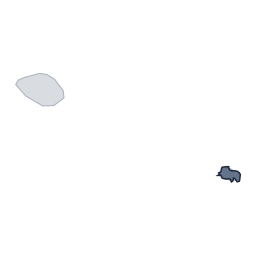 where Príncipe sits in São Tomé and Principe, rotated 88°
{"feature_id": "STP-4862", "entity_name": "Príncipe", "entity_type": "state/province", "adm_level": 1, "iso_a3": "STP", "parent_name": "São Tomé and Principe", "parent_adm1": "", "projection": "natural_earth1", "projection_center": [7.405, 1.615], "detail": "fine", "context": "in_parent", "style": "filled", "palette": "slate", "viewbox_px": 256, "rotation_deg": 88, "n_neighbors": 0, "source": "natural_earth", "source_scale": "10m", "svg_char_len": 939}
<svg xmlns="http://www.w3.org/2000/svg" viewBox="0 0 256 256"><g transform="rotate(88 128 128)"><path d="M92.6,228.9L80.7,238.7L76.4,236.2L73.7,229.3L70.4,214.6L71.5,207.5L76.9,199.5L88.7,191.4L95.7,190.9L103.0,201.4L103.0,212.4L92.6,228.9ZM181.1,35.0L176.8,38.5L171.7,35.6L170.3,30.2L176.9,19.9L180.0,17.4L182.6,19.5L184.2,22.4L184.4,26.5L181.1,35.0Z" fill="#d9dde1" stroke="#a8b0b8" stroke-width="1"/><path d="M185.6,20.7L185.0,21.3L183.7,21.9L182.4,22.8L181.7,24.3L183.4,24.6L184.9,25.5L185.5,26.5L184.4,27.0L182.8,27.5L182.3,28.6L182.4,31.7L181.9,34.3L181.3,35.7L180.4,36.2L179.0,36.5L178.6,37.3L178.6,38.4L178.5,39.9L178.2,39.4L177.8,38.4L177.6,38.0L176.9,38.4L176.1,39.0L175.1,36.8L173.5,36.2L171.8,36.0L170.5,35.3L170.1,31.2L170.2,28.7L171.3,28.9L173.2,28.0L174.2,26.7L174.4,25.1L174.5,22.9L175.1,20.3L176.6,18.3L178.7,17.3L180.8,17.8L184.0,18.2L185.2,18.8L185.6,20.7Z" fill="#64748b" stroke="#1e293b" stroke-width="1.5"/></g></svg>